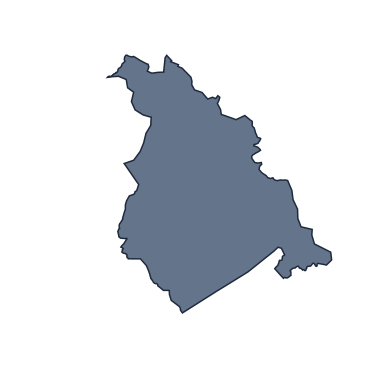 the district of Eloxochitlán de Flores Magón, Oaxaca, Mexico, rotated 317°
{"feature_id": "50627088B32131961110957", "entity_name": "Eloxochitlán de Flores Magón", "entity_type": "district", "adm_level": 2, "iso_a3": "MEX", "parent_name": "Mexico", "parent_adm1": "Oaxaca", "projection": "orthographic", "projection_center": [-96.869, 18.197], "detail": "fine", "context": "isolated", "style": "filled", "palette": "slate", "viewbox_px": 384, "rotation_deg": 317, "n_neighbors": 0, "source": "geoboundaries", "source_scale": "gbopen_adm2", "svg_char_len": 4539}
<svg xmlns="http://www.w3.org/2000/svg" viewBox="0 0 384 384"><g transform="rotate(317 192 192)"><path d="M269.8,248.8L268.3,246.7L266.1,245.0L265.5,244.0L263.9,242.9L262.0,241.7L261.0,240.2L260.6,238.8L260.6,237.7L260.9,236.8L258.5,235.5L257.7,234.1L257.2,233.2L257.4,230.6L256.4,226.5L256.2,224.7L256.4,221.4L258.2,219.8L259.8,219.3L261.8,219.3L262.8,217.7L259.8,215.7L258.0,213.1L258.7,208.4L259.5,207.0L261.3,206.3L263.4,206.7L265.6,207.1L268.1,207.8L270.6,208.2L270.8,207.5L270.8,206.1L270.6,203.8L270.0,202.9L269.6,201.9L268.7,200.5L269.6,199.6L272.5,201.1L273.7,201.4L275.0,200.9L276.0,200.8L276.8,200.6L277.7,200.3L278.5,200.0L278.6,199.2L278.0,198.3L277.5,197.3L277.3,196.7L277.3,196.0L278.1,194.3L278.4,193.4L278.6,192.5L280.1,189.7L281.2,187.4L281.0,185.5L281.5,184.1L282.5,183.4L283.6,182.1L284.2,181.4L283.6,178.6L283.5,177.4L282.8,172.1L277.5,170.4L274.2,169.3L273.5,169.1L272.7,167.4L271.0,164.1L269.9,162.0L267.8,158.0L266.3,155.3L269.1,151.2L270.9,144.6L273.9,143.5L276.9,141.7L276.6,139.2L273.0,139.8L271.6,136.7L266.9,134.7L267.2,126.0L263.5,119.1L264.9,113.5L267.6,110.8L269.5,107.3L269.4,101.8L269.2,94.6L267.3,90.5L268.9,89.7L265.3,82.2L266.7,82.1L266.7,74.8L264.0,75.4L253.0,85.0L248.5,81.1L244.6,78.4L243.5,77.4L242.4,74.8L241.7,73.2L245.7,71.2L247.0,68.6L246.2,67.2L243.8,60.4L242.2,54.3L241.5,52.8L241.0,52.8L240.1,52.0L239.7,51.5L239.1,50.8L238.3,49.4L238.1,48.9L238.0,48.1L237.5,47.3L236.7,46.9L235.8,47.1L235.0,47.3L234.3,47.8L234.1,47.9L233.7,48.1L233.1,48.8L232.6,49.2L232.4,50.3L231.9,50.8L229.9,50.7L228.2,50.7L226.5,51.7L225.3,52.0L223.9,52.0L222.7,51.6L221.5,51.9L220.3,52.9L218.7,53.3L217.7,52.7L217.1,53.1L215.6,52.4L213.5,52.3L211.4,52.2L211.1,51.7L210.5,50.9L209.3,50.4L208.3,50.5L212.6,53.5L217.2,57.3L220.1,63.7L220.6,64.8L220.5,65.0L216.0,71.9L217.3,78.7L217.4,79.2L211.1,83.4L209.4,84.5L207.8,89.0L206.4,93.2L208.8,102.3L212.6,108.6L213.2,109.5L211.0,111.5L207.2,115.2L198.4,117.7L190.2,123.1L181.8,127.0L171.0,129.0L161.8,124.9L161.5,127.2L158.1,150.2L152.6,153.2L150.2,153.0L149.3,153.9L147.6,153.9L143.6,152.1L138.2,153.8L134.6,155.9L131.6,159.1L128.1,161.0L125.8,162.4L125.8,162.5L125.2,162.8L124.3,163.3L123.3,163.9L122.9,164.6L122.7,164.7L120.8,165.1L118.9,165.7L117.5,165.9L116.7,166.2L115.1,167.6L114.4,168.9L114.2,169.3L113.4,169.1L112.6,169.4L111.6,170.0L110.9,170.2L110.1,171.6L109.4,172.6L108.7,174.0L107.9,175.0L108.3,177.0L109.5,178.4L111.3,180.4L111.8,181.0L112.4,181.2L112.6,181.7L112.0,182.0L111.9,182.0L111.1,182.2L110.0,182.5L109.0,182.7L107.7,183.1L106.5,183.4L104.9,183.4L103.6,183.5L102.4,183.8L103.1,185.5L103.2,186.5L102.7,186.7L102.2,186.6L101.7,186.6L101.4,186.9L101.0,187.5L100.2,187.8L99.8,188.0L99.9,189.3L100.3,190.2L100.8,191.0L101.5,191.7L101.7,192.2L101.2,193.0L101.5,193.9L100.9,194.4L100.4,194.7L99.9,195.4L99.9,196.3L100.2,197.1L99.9,197.5L100.3,197.8L102.9,200.3L108.2,205.3L108.7,205.8L108.5,213.9L108.5,214.5L107.1,218.5L105.9,221.4L105.6,222.1L104.8,223.7L104.2,224.8L103.5,226.3L102.9,227.1L102.9,227.4L102.7,229.6L102.7,230.3L102.6,230.5L102.2,231.6L102.3,232.9L102.3,233.0L102.7,233.9L102.9,234.3L103.7,234.8L103.8,236.2L103.0,237.3L103.5,240.3L103.8,242.9L103.8,243.2L104.0,244.5L105.5,245.8L105.7,246.0L108.2,248.5L105.5,251.7L102.9,257.1L104.6,266.9L104.4,268.6L103.0,270.6L102.5,273.9L142.5,281.4L157.7,284.5L161.7,285.3L178.5,288.6L211.5,291.1L213.3,291.1L217.3,291.1L217.5,291.5L219.0,294.1L217.5,299.0L217.2,299.8L216.9,301.1L216.2,301.2L215.4,300.9L214.5,300.8L213.7,301.1L213.0,302.0L212.7,302.2L212.3,302.4L211.5,303.1L211.1,302.9L210.7,302.7L210.1,302.5L209.5,301.7L209.1,301.7L208.0,302.5L206.8,303.1L205.7,303.7L205.3,303.9L204.7,304.2L202.4,304.2L200.2,304.5L200.2,305.6L200.0,315.5L200.0,317.5L201.1,317.5L201.8,318.0L202.1,318.9L203.1,319.8L204.8,320.2L206.2,320.2L207.4,320.5L208.7,319.0L209.8,318.0L209.9,317.0L210.3,316.3L211.2,316.5L212.2,316.5L214.0,316.6L215.6,317.9L216.9,317.9L218.0,318.1L218.6,318.3L219.2,318.9L219.1,319.3L218.7,320.9L219.7,322.6L219.7,323.2L219.6,324.4L220.7,325.0L221.0,326.6L221.7,326.9L223.1,326.2L224.0,326.0L224.4,325.4L225.0,325.2L225.7,325.1L226.4,325.8L228.2,327.0L229.2,327.0L231.2,326.6L231.8,326.6L232.3,327.0L232.4,327.4L232.5,328.1L232.3,328.8L232.0,330.6L232.2,331.1L232.5,331.3L233.1,331.3L234.4,330.0L235.2,330.0L236.7,331.8L239.7,335.9L240.5,337.1L245.4,337.0L247.8,336.9L252.4,330.6L249.5,322.7L246.1,313.5L250.2,305.3L254.4,301.3L252.7,298.9L248.0,291.8L251.3,283.6L257.5,276.5L260.7,266.5L266.2,258.8L267.5,255.1L269.8,248.8Z" fill="#64748b" stroke="#1e293b" stroke-width="1.5"/></g></svg>